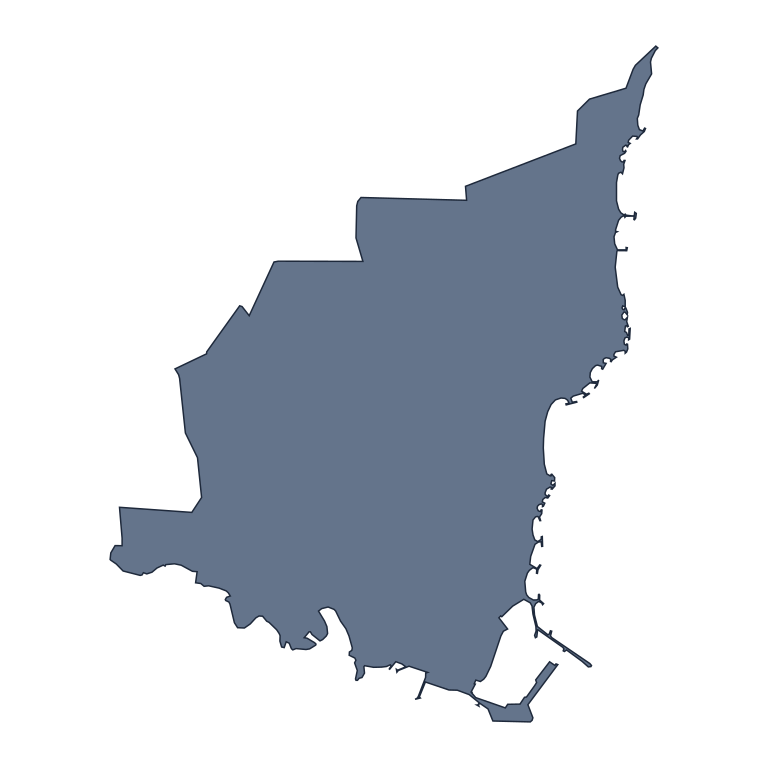 the district of Mangalia, Constanta, Romania
{"feature_id": "2599482B15082485169173", "entity_name": "Mangalia", "entity_type": "district", "adm_level": 2, "iso_a3": "ROU", "parent_name": "Romania", "parent_adm1": "Constanta", "projection": "equal_earth", "projection_center": [28.576, 43.845], "detail": "fine", "context": "isolated", "style": "filled", "palette": "slate", "viewbox_px": 768, "rotation_deg": 0, "n_neighbors": 0, "source": "geoboundaries", "source_scale": "gbopen_adm2", "svg_char_len": 6119}
<svg xmlns="http://www.w3.org/2000/svg" viewBox="0 0 768 768"><path d="M175.0,368.9L178.6,374.7L179.6,378.4L185.4,433.0L197.5,457.7L201.6,497.5L191.8,512.4L119.5,507.3L122.1,538.1L122.1,545.7L115.1,545.6L110.8,552.9L110.1,559.5L110.9,560.3L116.3,564.0L123.1,571.0L140.2,575.4L142.1,574.9L143.4,572.7L146.8,573.9L152.0,572.2L157.0,568.0L163.2,565.1L165.1,566.1L165.8,564.6L174.5,563.8L181.2,565.2L192.4,571.3L197.1,571.7L195.6,582.8L200.8,583.5L204.1,586.3L208.6,585.8L219.0,588.1L226.2,590.9L228.2,592.7L230.3,596.0L226.6,597.3L225.3,599.5L225.7,600.5L228.9,602.0L230.0,604.2L234.4,622.7L237.6,627.7L244.4,628.0L250.3,623.9L255.8,617.9L259.0,616.0L262.6,616.2L266.7,621.2L269.1,622.4L276.7,629.8L279.2,633.6L280.1,635.7L279.9,641.1L281.6,647.0L284.2,647.6L286.2,641.8L289.2,643.2L291.4,648.7L292.8,649.9L296.0,648.6L306.0,649.5L309.6,648.9L315.7,645.1L316.0,644.1L314.6,642.7L307.1,638.2L304.2,637.7L309.1,631.8L310.4,631.8L312.0,634.5L320.0,640.9L322.6,639.6L326.3,636.0L327.6,633.5L326.9,626.6L324.5,621.0L318.5,611.1L321.7,608.6L328.1,607.0L334.1,609.4L335.7,611.1L340.6,621.2L345.9,628.7L349.0,636.0L352.3,647.9L351.8,650.4L349.4,652.0L349.2,655.3L354.8,658.0L355.9,660.2L354.6,662.9L357.3,670.5L355.5,679.0L356.0,680.3L357.5,680.3L359.1,678.3L362.0,677.5L364.5,673.1L363.9,666.7L364.6,665.7L373.5,667.3L381.6,667.1L386.5,666.5L390.2,664.8L391.2,665.9L389.3,668.9L389.7,669.2L395.8,661.7L401.8,663.9L405.8,666.8L397.7,670.2L396.4,669.3L396.9,672.2L398.3,670.5L409.0,666.2L427.7,672.4L425.7,673.1L425.6,677.4L418.4,696.2L417.4,698.0L415.1,699.3L420.3,698.0L419.3,697.0L425.4,682.0L449.0,690.0L457.3,690.2L469.2,694.6L479.2,702.8L478.0,704.9L476.8,705.0L478.8,706.1L478.4,705.1L479.7,703.2L488.0,708.9L492.9,721.0L530.3,721.9L532.1,720.3L532.9,717.8L527.9,704.7L557.8,664.6L556.0,663.9L554.9,665.4L549.6,661.8L535.7,679.9L536.6,682.6L534.4,686.0L526.5,697.0L524.5,697.3L520.0,704.1L507.7,704.3L505.3,707.9L475.7,697.6L471.8,693.0L472.1,692.4L471.1,692.0L475.3,684.1L474.2,683.8L475.8,680.1L480.4,681.5L483.7,679.2L485.9,676.4L490.7,666.4L500.9,635.9L503.4,631.2L507.6,629.0L498.9,617.8L500.7,615.9L501.8,616.7L512.7,606.1L523.8,599.3L530.2,602.8L532.0,605.9L533.0,614.3L535.9,626.5L536.1,631.1L534.6,635.4L535.4,637.7L536.8,636.9L537.6,629.8L538.1,629.9L562.9,647.4L563.9,648.9L563.2,650.8L564.4,651.5L566.6,650.0L582.1,661.4L588.3,666.9L590.9,666.6L591.5,665.5L589.8,663.5L551.9,637.7L550.5,636.0L551.7,631.2L550.4,630.8L549.3,634.0L547.9,634.8L537.4,626.5L534.5,615.0L533.9,607.2L535.7,603.6L538.7,601.4L541.8,603.0L542.6,604.7L543.6,603.6L539.6,600.0L539.7,595.1L539.0,594.3L538.5,594.7L538.3,599.1L536.9,599.9L533.4,600.0L528.8,597.5L526.7,594.9L525.7,591.9L524.8,581.3L527.4,573.1L529.4,570.3L532.6,567.9L534.0,567.9L536.8,569.3L536.5,573.2L537.4,573.4L538.0,569.7L540.7,565.3L539.8,564.9L537.1,568.6L529.8,564.3L530.7,556.4L535.0,544.3L538.5,542.0L541.2,541.8L541.7,546.4L542.6,546.3L542.3,536.5L541.3,536.8L541.1,539.4L537.8,541.6L534.8,539.9L533.0,534.9L532.1,529.1L533.0,520.0L535.5,516.9L537.3,516.4L538.2,516.8L539.9,520.7L540.6,520.6L539.5,517.0L541.7,513.7L542.0,510.0L541.2,509.8L540.4,511.6L538.3,510.8L537.1,508.3L537.5,506.2L539.1,504.6L541.3,503.9L542.5,504.5L542.5,506.6L543.4,506.2L544.8,503.2L542.3,501.9L542.8,499.5L545.1,497.5L547.8,498.0L549.6,495.6L548.7,495.0L547.3,496.6L545.2,494.4L545.1,492.8L546.5,489.2L550.1,487.0L551.7,487.5L551.1,488.9L552.1,489.2L555.0,485.9L555.0,483.3L552.9,485.4L550.9,483.8L551.7,480.6L554.5,481.0L554.7,477.6L551.8,474.2L551.0,474.5L551.2,475.7L550.2,475.9L546.8,473.9L544.3,464.2L543.3,448.0L543.6,438.4L545.1,421.3L547.7,411.7L551.1,404.5L555.4,399.9L561.0,398.0L565.1,398.4L567.6,400.2L569.1,403.2L565.9,403.9L566.2,404.9L576.8,402.2L576.6,401.5L572.3,402.2L570.8,398.2L573.2,396.1L582.7,393.3L585.7,395.0L583.3,397.0L583.7,397.6L589.3,393.8L588.8,393.2L586.5,394.2L581.6,391.2L582.8,388.5L589.8,382.9L596.1,383.3L596.6,384.2L594.4,388.5L597.3,385.0L598.7,380.0L597.3,381.8L592.2,381.8L589.9,377.1L590.3,372.6L592.4,368.6L595.6,365.6L597.6,365.1L601.7,366.4L601.6,368.7L602.7,369.2L606.1,363.4L603.3,362.8L603.2,359.6L604.3,358.5L606.1,357.7L609.4,358.3L610.8,359.4L610.5,361.3L611.1,361.7L612.5,359.8L616.4,357.2L613.9,356.0L613.9,354.5L615.5,351.8L623.8,350.3L625.2,351.2L625.2,353.2L626.5,352.1L627.8,348.9L627.5,344.2L626.6,344.0L626.0,345.1L624.4,344.3L623.9,341.0L624.9,338.0L626.5,337.2L628.7,337.5L628.6,339.8L629.6,339.2L630.2,328.4L629.0,328.9L628.8,335.4L627.6,335.4L626.5,332.5L624.7,331.5L625.4,326.1L626.6,325.5L627.3,326.8L628.3,326.3L626.7,321.7L627.4,317.3L625.0,319.9L624.0,319.6L622.3,318.5L621.8,315.1L623.9,312.1L625.0,312.1L627.2,314.7L627.5,312.3L625.9,308.1L624.8,308.3L624.1,309.8L622.8,309.4L622.0,307.9L622.7,305.9L625.2,306.8L625.2,300.3L623.9,294.3L622.6,295.4L621.1,294.7L617.7,287.1L615.2,267.2L616.9,251.2L617.5,250.6L626.7,250.7L627.3,247.7L626.1,247.5L626.2,249.9L617.5,249.9L614.7,243.8L614.0,236.8L615.5,232.5L617.2,231.7L615.6,231.3L615.6,229.7L618.6,220.3L621.0,217.3L623.1,216.0L624.5,216.1L624.9,217.3L625.8,216.2L634.2,216.1L633.9,219.5L634.5,219.8L635.7,218.1L636.3,213.4L634.7,212.3L634.2,215.9L631.9,215.9L625.8,215.1L625.4,214.2L623.8,214.8L620.8,212.8L618.6,209.1L616.5,200.9L616.5,182.5L617.9,174.6L618.7,173.2L621.0,172.2L622.5,173.8L624.0,167.8L623.7,164.3L625.0,160.5L624.1,160.4L623.3,162.0L621.8,161.8L620.5,160.7L619.5,158.2L620.2,155.6L624.6,153.3L626.0,151.3L625.6,150.5L624.4,151.8L623.0,151.4L622.5,149.5L622.8,147.3L625.6,145.2L627.4,145.6L627.0,146.6L627.6,146.9L628.6,144.7L630.2,143.4L628.2,142.4L628.6,140.3L632.6,136.1L637.0,136.4L637.5,137.3L636.5,138.9L637.6,138.9L640.5,134.9L644.3,131.5L645.5,128.5L644.6,128.1L642.9,131.0L639.4,129.6L637.8,125.2L637.3,118.4L638.7,115.0L640.2,104.8L643.2,94.9L643.9,89.5L645.8,83.9L651.6,73.9L650.5,62.0L651.4,58.2L655.3,50.6L657.9,47.9L655.8,46.1L635.4,65.3L633.1,69.3L626.0,88.2L589.5,99.1L577.5,111.0L575.8,143.9L465.5,186.3L466.6,200.3L361.0,197.5L357.8,201.4L356.7,205.8L356.0,237.9L362.9,261.4L278.2,261.2L274.0,262.0L249.2,315.7L242.1,306.6L239.7,305.8L206.7,351.9L206.6,353.8L175.0,368.9Z" fill="#64748b" stroke="#1e293b" stroke-width="1.5"/></svg>